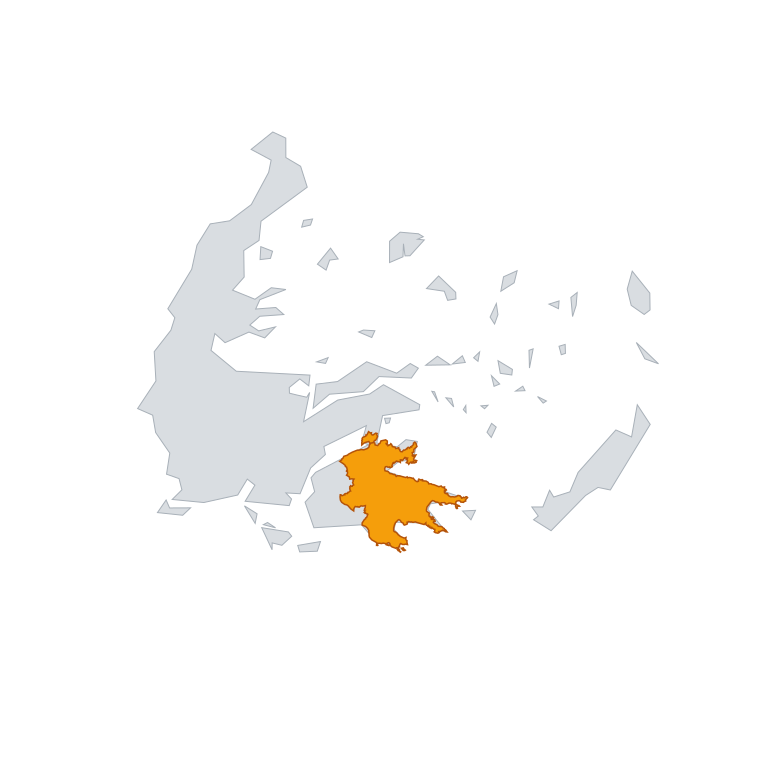 location of Peloponnisoy, Peloponnisos, Greece, rotated 306°
{"feature_id": "26713481B43531359458460", "entity_name": "Peloponnisoy", "entity_type": "district", "adm_level": 2, "iso_a3": "GRC", "parent_name": "Greece", "parent_adm1": "Peloponnisos", "projection": "equal_earth", "projection_center": [22.613, 37.264], "detail": "fine", "context": "in_parent", "style": "filled", "palette": "amber", "viewbox_px": 768, "rotation_deg": 306, "n_neighbors": 0, "source": "geoboundaries", "source_scale": "gbopen_adm2", "svg_char_len": 9875}
<svg xmlns="http://www.w3.org/2000/svg" viewBox="0 0 768 768"><g transform="rotate(306 384 384)"><path d="M495.7,138.6L522.5,145.9L525.2,160.0L509.5,171.5L511.1,188.6L498.1,206.2L443.4,188.8L426.7,198.5L409.5,192.1L388.3,208.0L370.9,206.3L376.7,229.8L395.6,236.2L402.8,249.1L379.3,234.0L369.2,236.1L382.3,251.5L381.3,262.1L365.8,243.7L352.8,240.8L353.3,251.4L366.4,262.6L351.2,260.4L346.6,244.2L324.0,231.1L325.4,217.5L309.5,224.3L307.5,257.0L347.7,318.9L338.3,324.2L338.6,312.9L325.5,309.4L321.0,312.9L323.6,319.3L327.9,329.3L333.5,328.8L306.2,341.1L343.8,356.0L367.5,378.3L383.1,384.0L388.3,425.1L383.7,427.5L357.6,401.4L332.0,412.8L340.9,431.6L351.9,434.5L357.1,444.7L339.0,452.5L330.9,441.7L314.8,437.3L339.1,517.4L314.4,492.0L308.4,493.1L301.7,517.5L298.3,515.4L295.5,498.8L279.1,474.8L272.2,477.6L268.6,496.2L260.1,486.9L251.5,471.0L256.9,448.6L226.5,411.8L242.0,389.6L256.1,391.2L265.2,380.1L272.3,380.6L325.6,407.0L324.1,400.2L340.0,394.2L298.1,372.1L292.5,378.0L273.0,374.0L245.9,380.6L238.2,368.6L236.6,376.8L229.9,378.8L207.5,340.6L226.3,339.0L226.7,329.3L208.2,330.9L182.2,307.9L166.1,280.5L179.6,282.7L187.0,273.8L183.2,261.1L202.2,251.3L210.5,227.8L222.8,215.2L219.3,199.1L252.4,197.7L275.1,179.1L302.2,180.0L314.7,175.8L317.8,164.9L363.8,161.0L386.4,151.1L411.4,149.3L425.3,163.2L451.2,171.2L487.4,166.3L498.8,161.1L495.7,138.6ZM377.9,584.8L395.4,580.4L392.3,587.7L406.0,597.8L426.6,593.0L483.1,598.6L486.7,615.4L516.1,601.1L507.8,623.1L431.3,629.4L426.1,617.9L412.3,612.6L363.5,605.4L362.1,584.8L367.9,586.4L371.4,575.9L377.9,584.8ZM344.0,329.2L358.7,345.0L391.8,356.9L400.2,387.9L416.0,393.2L417.0,402.5L404.9,402.6L387.1,375.6L365.7,371.8L343.7,345.9L322.7,340.9L344.0,329.2ZM516.3,307.8L525.8,323.6L526.2,329.2L520.9,326.1L524.2,331.9L503.0,329.6L500.0,325.7L508.9,317.3L498.1,324.6L485.5,317.1L502.8,304.6L516.3,307.8ZM600.3,555.7L593.2,553.6L592.9,537.8L603.7,525.0L621.2,518.5L613.8,545.6L600.3,555.7ZM500.3,388.1L495.1,392.2L489.1,386.3L494.5,378.3L486.2,362.3L503.5,364.7L500.3,388.1ZM195.9,369.5L208.1,393.6L206.6,398.8L193.5,396.2L189.7,386.9L184.1,390.9L195.9,369.5ZM170.1,300.3L159.5,298.3L146.8,276.3L162.1,275.9L157.7,283.4L170.1,300.3ZM462.5,260.9L458.2,273.4L452.3,267.2L442.1,270.2L441.8,259.7L462.5,260.9ZM541.0,417.7L553.9,425.1L542.4,429.8L527.7,424.0L541.0,417.7ZM425.9,215.8L418.9,218.3L411.8,210.6L422.7,203.6L425.9,215.8ZM202.7,409.1L219.2,425.2L209.5,428.3L198.6,414.5L202.7,409.1ZM471.3,479.3L466.4,482.1L461.0,471.8L469.9,462.5L471.3,479.3ZM437.9,410.9L438.4,426.3L423.7,406.7L437.9,410.9ZM565.9,563.7L561.7,594.2L557.7,580.2L565.9,563.7ZM204.4,357.6L195.5,361.7L203.4,342.7L204.4,357.6ZM335.6,532.3L325.2,534.2L327.4,522.2L335.6,532.3ZM549.4,496.9L563.9,484.3L571.6,486.5L560.6,493.2L549.4,496.9ZM497.5,438.2L500.5,430.5L515.1,427.6L507.1,435.4L497.5,438.2ZM453.9,466.0L452.0,477.6L446.8,474.4L453.9,466.0ZM452.9,430.8L449.2,437.1L440.3,427.5L452.9,430.8ZM421.7,345.3L414.4,346.8L411.2,332.9L415.6,335.7L421.7,345.3ZM475.5,229.2L469.4,231.1L462.5,225.2L469.1,222.8L475.5,229.2ZM415.4,494.2L415.1,500.1L403.8,502.2L405.5,495.7L415.4,494.2ZM500.1,484.0L482.4,492.3L496.5,481.5L500.1,484.0ZM407.4,429.5L401.3,438.3L406.2,427.0L407.4,429.5ZM466.2,442.5L457.6,446.7L457.9,441.1L466.2,442.5ZM522.5,507.3L515.4,512.8L511.9,510.2L517.4,503.4L522.5,507.3ZM554.1,476.8L547.5,480.9L545.6,470.5L554.1,476.8ZM412.0,447.1L406.4,453.9L409.2,442.2L412.0,447.1ZM203.5,371.2L203.9,380.8L199.3,369.1L203.5,371.2ZM463.8,497.6L461.5,502.0L455.6,494.6L463.8,497.6ZM372.5,323.3L366.3,324.6L362.3,316.5L372.5,323.3ZM360.3,409.3L355.7,411.0L353.1,408.9L356.6,404.6L360.3,409.3ZM414.7,462.8L409.0,467.3L409.9,463.2L414.7,462.8ZM464.1,515.6L465.7,525.4L462.1,524.0L464.1,515.6ZM427.9,480.6L423.1,479.9L423.3,475.3L427.9,480.6Z" fill="#d9dde1" stroke="#a8b0b8" stroke-width="1"/><path d="M257.0,449.3L257.9,452.8L257.6,455.5L256.4,458.0L255.3,458.5L254.9,459.3L252.5,461.1L251.5,462.3L250.7,465.8L251.3,470.5L251.2,472.4L252.4,473.8L253.5,475.8L254.8,476.9L255.7,478.9L255.4,479.9L255.6,480.6L257.1,480.1L258.5,481.1L258.4,482.5L257.5,483.4L257.0,484.7L256.9,486.2L258.1,490.3L258.9,490.4L259.5,491.6L260.8,491.6L261.5,492.2L261.8,491.6L264.0,491.1L264.8,491.3L265.1,493.3L266.1,494.8L266.9,495.2L267.9,497.4L269.4,495.6L270.8,494.7L270.8,493.6L271.2,492.8L272.8,492.0L271.2,490.9L270.3,486.8L270.4,484.0L271.0,482.1L271.0,480.1L270.6,479.3L270.9,478.1L273.3,476.4L276.6,475.1L278.7,474.8L282.5,475.4L283.1,475.8L283.2,477.3L282.4,479.4L282.7,481.5L281.8,482.5L281.9,483.5L284.1,485.0L284.7,485.0L285.7,483.9L286.4,484.6L287.1,484.7L288.2,487.0L288.7,487.3L289.0,488.6L291.0,490.6L291.1,491.4L293.9,499.1L296.2,499.5L294.9,500.5L294.7,501.4L295.1,502.6L295.8,502.9L295.8,503.4L294.7,503.4L294.9,504.7L295.5,505.0L294.8,505.5L294.8,506.2L296.0,506.8L295.3,507.6L296.0,508.1L295.8,509.6L296.3,510.6L294.3,511.8L293.9,511.6L293.9,512.9L295.0,515.3L296.3,516.0L296.8,515.0L297.9,516.3L300.0,517.2L299.9,518.0L300.7,518.7L300.6,520.5L301.4,522.0L302.2,519.5L301.4,518.5L302.5,517.8L302.3,516.6L302.6,514.6L300.8,511.5L301.3,509.6L300.8,506.8L301.0,505.3L302.0,504.9L302.9,506.1L303.9,505.1L303.8,504.2L302.3,501.9L303.0,501.2L304.1,501.7L304.6,502.8L305.2,502.6L304.9,501.8L305.0,501.0L303.6,500.4L303.5,499.6L304.0,499.2L303.6,498.8L303.6,498.3L304.4,497.4L306.2,496.5L306.0,493.4L306.9,492.4L309.6,491.1L316.0,491.2L318.1,491.7L318.7,492.9L318.9,495.3L319.7,496.5L320.2,498.1L319.2,500.3L319.4,501.0L320.1,501.9L320.6,499.9L321.6,500.1L323.6,502.7L323.6,503.9L323.0,504.1L323.2,504.6L323.7,505.4L325.8,506.6L326.7,507.8L327.0,508.4L326.8,509.1L327.5,509.7L328.2,511.7L329.3,512.3L331.0,511.5L332.2,511.8L333.8,513.3L334.0,514.8L333.6,515.5L335.0,517.9L336.0,518.0L337.4,518.9L338.2,518.0L341.2,518.4L341.4,517.3L341.0,516.6L339.4,516.1L339.1,514.8L338.2,514.7L337.3,513.9L338.0,512.7L337.9,511.7L338.3,511.2L337.3,509.3L335.7,508.9L333.9,507.3L333.3,505.9L331.9,504.3L331.6,502.1L331.8,501.1L332.3,500.6L332.3,499.9L333.4,499.6L332.3,499.8L332.0,499.5L332.2,498.7L331.5,498.0L331.7,496.8L332.1,496.4L332.7,496.7L332.9,495.8L333.3,495.6L333.9,496.3L334.9,496.8L335.2,496.2L334.8,494.5L336.3,493.5L335.6,492.8L334.3,492.5L335.1,492.6L334.8,491.1L335.1,490.2L333.2,488.8L331.9,483.7L330.9,481.6L331.0,480.8L329.5,478.8L330.4,477.8L330.2,475.1L328.3,472.0L329.2,471.6L329.1,471.0L328.0,470.3L327.6,468.2L327.0,468.5L326.3,468.2L325.5,469.0L324.4,468.2L324.2,466.0L325.0,462.8L324.2,462.3L324.1,461.1L323.2,459.3L322.0,458.2L322.5,457.3L321.1,456.5L318.8,450.5L317.5,448.6L316.4,448.2L317.2,445.9L316.3,444.9L316.0,443.1L315.0,441.4L315.6,439.0L314.4,435.7L316.0,434.2L317.9,433.8L319.0,435.0L318.9,435.8L319.6,436.9L320.1,437.1L320.2,437.7L319.9,438.0L320.1,438.3L321.6,439.2L322.2,439.2L322.8,438.3L324.4,438.0L326.1,438.6L325.5,437.9L324.4,437.6L326.0,437.8L326.6,438.4L326.5,438.9L328.9,439.3L330.2,442.6L330.2,443.3L332.3,441.8L333.0,442.9L332.6,443.6L333.1,444.0L336.8,444.0L337.3,444.9L337.3,446.1L337.9,446.6L337.2,446.9L336.2,446.0L336.2,447.7L335.5,448.4L333.5,448.3L334.1,450.2L333.6,451.2L336.2,451.3L336.9,451.9L336.8,452.6L336.3,452.8L337.1,453.8L338.3,453.0L338.7,453.6L337.6,454.2L337.9,454.9L339.5,456.0L340.1,455.3L341.1,455.6L341.0,454.5L339.9,453.3L340.7,452.0L345.3,451.5L344.7,450.9L343.7,451.0L343.6,450.6L343.9,450.2L343.5,450.0L342.7,450.2L342.6,449.0L344.5,448.8L343.7,448.6L345.1,447.1L346.5,448.1L348.7,446.6L352.8,447.4L354.8,444.7L355.1,443.1L353.4,442.6L352.4,443.5L350.2,443.0L349.2,443.4L348.9,442.4L347.1,442.5L347.2,441.1L346.7,440.6L345.2,440.8L345.1,440.2L343.9,440.2L342.4,439.4L342.1,438.7L339.8,438.5L339.1,437.1L339.5,435.8L340.4,435.3L340.2,433.8L341.1,433.3L338.7,431.5L339.4,430.0L338.3,427.6L339.6,425.6L339.7,424.6L338.8,424.7L336.6,423.6L337.1,423.3L336.5,421.7L337.0,420.9L337.2,421.4L338.0,421.5L339.8,420.2L339.8,418.2L336.2,415.0L333.5,415.6L332.5,415.1L330.5,415.1L329.5,412.6L330.9,411.2L330.5,410.0L327.6,407.4L327.1,408.1L325.9,408.0L324.3,408.9L322.1,408.5L318.9,406.4L317.5,404.0L315.6,402.5L314.8,401.3L310.2,398.4L306.3,396.5L305.0,396.3L301.9,394.0L299.8,394.4L298.4,394.0L297.7,394.4L295.4,393.6L295.6,398.1L295.3,400.7L294.6,401.2L294.7,402.7L292.7,405.0L292.1,404.6L291.4,404.9L291.6,405.9L290.9,406.6L289.6,407.3L288.2,407.3L288.4,410.5L286.9,412.2L288.4,413.7L289.4,415.6L287.8,415.6L287.4,416.2L285.8,416.5L284.5,418.8L283.1,418.1L282.6,418.4L281.8,417.4L282.0,416.8L280.5,416.8L280.2,417.4L279.0,417.9L277.8,419.9L277.1,419.3L275.4,419.1L275.1,418.5L273.8,418.7L273.2,417.6L271.9,416.8L271.3,417.4L270.8,416.7L269.4,416.1L268.8,415.4L269.1,414.3L268.7,413.7L266.8,414.8L264.4,417.0L263.4,419.3L263.5,422.9L264.3,424.9L264.4,426.4L263.4,430.7L263.5,434.1L265.6,432.8L268.0,432.7L268.8,434.5L269.3,434.7L269.3,435.5L269.9,435.9L269.9,436.4L271.9,437.0L272.7,438.6L274.7,440.4L272.8,441.6L271.4,441.7L270.5,442.3L270.7,442.8L269.9,442.5L269.2,444.2L268.4,443.7L268.3,444.6L268.6,444.7L268.7,446.3L269.2,446.9L269.1,447.5L266.3,448.3L264.7,447.9L264.1,448.3L262.9,447.8L258.7,448.0L257.0,449.3ZM336.4,399.5L333.1,400.1L332.2,399.9L332.2,399.4L331.1,399.9L328.3,398.2L327.1,398.3L326.6,398.6L326.5,399.1L325.3,399.2L324.8,400.0L323.6,400.4L321.6,401.9L325.0,402.7L328.6,405.5L327.8,407.4L330.2,409.7L332.9,409.6L333.4,410.3L335.6,410.1L337.7,409.6L339.1,407.6L339.9,407.5L339.4,406.2L336.3,405.1L335.8,404.3L336.2,403.0L337.2,402.5L336.4,401.8L336.4,399.5ZM329.2,515.2L329.1,512.8L327.3,513.5L326.9,514.4L326.1,515.0L326.0,516.1L326.5,516.5L327.3,515.5L328.4,515.4L329.5,516.9L329.7,516.0L329.2,515.2ZM262.1,498.9L262.1,497.4L262.8,495.9L261.3,494.6L260.6,497.5L261.5,498.7L262.1,498.9ZM259.4,492.7L258.0,492.0L257.5,493.4L257.8,494.7L257.5,496.0L258.0,496.1L257.9,494.6L259.0,494.0L258.8,493.1L259.4,492.7ZM250.3,473.0L250.2,472.1L249.1,472.8L249.6,473.3L249.7,474.4L250.3,473.0ZM256.4,483.6L256.5,482.5L255.9,480.7L255.4,480.7L256.4,483.6Z" fill="#f59e0b" stroke="#b45309" stroke-width="1.5"/></g></svg>